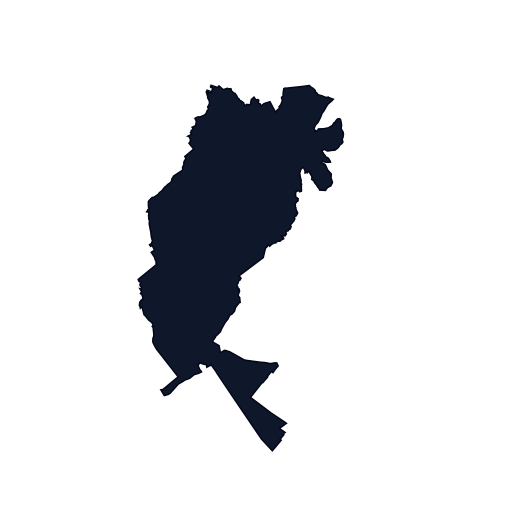 the district of Vetagrande, Zacatecas, Mexico, rotated 140°
{"feature_id": "50627088B7628264143957", "entity_name": "Vetagrande", "entity_type": "district", "adm_level": 2, "iso_a3": "MEX", "parent_name": "Mexico", "parent_adm1": "Zacatecas", "projection": "mercator", "projection_center": [-102.495, 22.871], "detail": "fine", "context": "isolated", "style": "filled", "palette": "ink", "viewbox_px": 512, "rotation_deg": 140, "n_neighbors": 0, "source": "geoboundaries", "source_scale": "gbopen_adm2", "svg_char_len": 6152}
<svg xmlns="http://www.w3.org/2000/svg" viewBox="0 0 512 512"><g transform="rotate(140 256 256)"><path d="M174.3,405.2L175.0,410.1L176.9,409.9L177.0,409.6L180.7,415.7L182.1,414.9L182.2,414.2L181.1,412.4L184.5,410.4L185.0,411.2L186.6,410.4L187.5,411.8L185.8,412.7L186.9,414.4L188.7,413.6L190.4,409.4L191.1,408.6L191.6,407.3L191.9,405.7L192.5,404.2L193.6,402.8L195.7,401.7L197.1,401.4L197.5,400.7L197.3,400.3L197.8,399.4L198.6,398.9L200.2,398.7L201.6,397.7L204.6,397.0L209.8,398.6L210.2,399.3L211.5,400.1L214.3,400.7L215.0,397.7L217.9,395.1L218.9,394.8L222.2,395.7L222.3,393.8L225.2,393.6L226.1,392.7L226.8,392.7L227.2,390.6L231.2,391.6L230.7,390.8L230.6,389.6L230.9,389.1L231.0,388.1L232.6,386.0L234.9,385.5L235.0,378.0L246.6,378.0L247.1,375.5L249.3,375.1L250.4,374.2L250.8,374.4L252.7,372.3L255.4,371.1L256.4,369.5L256.9,369.2L257.4,369.0L267.6,370.2L271.0,369.1L271.5,368.4L273.9,367.2L278.3,367.6L278.9,367.2L281.1,367.5L286.2,366.5L289.3,366.6L291.4,366.1L295.8,366.6L296.9,366.9L297.8,367.5L298.7,367.6L302.4,367.2L303.6,366.8L307.0,362.5L307.4,360.9L308.9,361.1L309.8,360.5L311.4,360.2L311.1,359.6L310.2,359.2L309.8,358.4L312.7,355.7L312.8,355.0L314.3,353.5L314.7,352.1L315.7,350.5L316.3,350.3L317.4,348.9L321.3,341.8L323.3,338.9L324.8,336.1L325.1,334.9L325.9,333.9L327.0,333.5L327.9,332.7L330.3,333.1L330.6,331.1L328.8,330.7L330.0,325.7L333.9,326.2L334.5,321.1L334.3,320.7L335.7,317.8L336.1,315.7L337.0,315.1L337.9,313.5L361.3,313.8L361.6,313.1L361.5,312.3L361.9,312.3L361.9,311.6L361.3,309.6L363.3,308.8L363.9,307.4L363.9,305.1L365.6,304.8L366.0,305.5L366.6,302.1L368.6,301.6L368.4,299.3L369.1,297.5L370.3,295.7L372.3,296.0L374.7,295.3L377.1,293.2L377.5,291.5L378.2,290.3L376.4,290.4L376.3,289.7L379.5,283.0L379.3,281.1L379.4,275.7L378.6,272.0L379.1,269.2L380.8,268.8L380.8,267.9L380.4,267.9L385.0,261.2L386.2,259.9L386.8,259.9L388.5,258.6L390.4,256.3L391.4,252.5L392.1,248.5L393.3,213.5L413.2,213.6L414.9,214.7L416.0,208.0L412.3,206.4L410.2,206.0L397.7,207.8L392.3,206.8L390.3,206.7L385.4,204.9L379.9,204.9L375.3,203.0L372.2,202.2L372.0,203.5L372.2,204.7L370.8,209.4L367.6,210.3L366.6,208.2L363.9,204.5L365.2,202.4L360.3,201.3L360.9,193.5L361.3,191.2L364.8,158.5L369.5,112.2L368.7,96.3L355.1,98.7L355.3,100.1L349.5,101.2L349.6,102.4L347.1,102.1L348.9,108.8L340.2,108.3L345.5,126.7L351.1,151.2L332.6,155.1L332.3,154.6L324.8,155.8L324.3,156.5L318.5,157.6L318.0,155.7L314.0,156.8L309.7,157.5L308.8,160.7L309.8,161.8L314.1,164.3L317.8,168.8L320.8,171.7L330.5,182.3L331.9,184.2L337.8,199.8L338.8,201.1L339.8,203.0L341.0,204.1L344.2,204.5L345.2,205.3L341.9,211.0L344.4,217.9L343.2,218.9L339.1,219.9L338.6,220.7L337.5,220.4L332.0,220.8L328.7,222.5L322.3,224.9L318.2,225.7L314.5,227.3L313.2,227.4L311.9,226.9L308.0,227.5L305.2,229.4L304.0,229.9L298.7,231.0L298.0,230.6L295.4,234.4L295.1,234.9L295.4,236.3L295.1,236.9L293.5,238.5L292.5,238.8L291.4,239.5L291.0,239.9L291.3,240.7L291.2,241.2L290.3,241.2L290.1,241.5L290.9,242.1L289.8,244.0L289.7,244.5L290.1,245.1L289.9,245.7L287.2,246.8L285.0,248.2L283.9,247.8L281.8,248.6L281.6,251.7L251.5,250.1L243.2,256.3L242.7,255.9L241.3,256.0L240.4,257.0L239.4,256.0L239.3,254.7L235.6,254.8L234.3,254.3L233.5,254.3L232.5,253.3L232.2,253.3L231.9,253.9L229.2,252.9L228.6,252.2L227.7,251.8L227.1,252.1L223.7,251.4L223.2,252.4L223.8,254.7L222.5,254.6L221.6,253.4L220.7,252.7L218.4,253.5L218.2,254.7L217.8,255.1L215.5,255.0L215.0,254.6L214.2,255.2L213.0,254.7L212.3,254.8L210.1,256.0L209.9,257.3L209.3,257.8L207.4,257.9L206.1,258.5L205.3,258.3L203.8,258.8L202.2,259.6L202.0,260.9L200.5,261.3L199.4,260.9L196.4,262.2L195.3,266.3L194.4,267.2L194.7,268.2L193.6,268.9L192.8,270.4L192.3,270.8L190.8,271.1L190.2,271.6L189.0,271.1L187.9,271.6L187.7,272.6L187.1,272.5L186.8,272.8L187.4,275.0L187.6,275.2L187.4,276.1L187.0,276.3L186.9,276.8L186.4,277.3L186.3,278.1L186.0,278.0L185.7,278.6L185.1,278.6L184.9,279.2L184.2,279.3L184.0,279.7L183.3,279.6L182.6,279.1L181.8,279.1L181.3,278.2L181.4,277.3L179.7,276.4L179.2,277.1L178.6,277.3L177.8,278.8L176.7,279.8L176.2,280.6L176.3,281.0L175.8,281.2L175.6,281.7L174.9,281.6L174.4,283.3L173.0,284.5L171.7,287.1L171.5,288.1L170.8,288.6L170.9,288.9L170.4,289.5L170.4,289.9L169.9,290.1L169.6,291.1L166.5,293.2L165.0,293.8L162.7,293.4L163.7,289.7L165.1,288.1L163.3,287.3L163.2,286.9L162.2,287.6L161.2,287.0L161.6,285.7L161.4,284.3L161.9,283.0L161.7,282.5L161.8,281.8L162.9,279.8L164.1,278.9L163.5,276.7L164.1,273.3L163.9,271.5L164.3,270.0L164.1,269.5L164.5,268.9L164.2,267.6L164.9,265.6L160.7,261.6L157.1,262.5L153.7,261.6L150.2,263.1L148.2,267.7L145.6,270.4L145.8,275.9L144.3,281.0L144.3,282.1L146.0,285.2L144.3,286.0L142.5,283.2L140.2,281.1L139.4,280.7L138.7,280.0L138.2,280.9L137.7,284.4L138.2,285.9L138.8,286.3L138.4,289.7L138.7,290.5L138.2,291.7L138.3,292.9L138.0,294.0L136.4,294.1L135.0,293.7L134.1,291.1L133.4,290.2L129.9,288.1L127.7,286.4L124.1,286.1L121.2,286.7L120.8,287.2L118.3,286.9L116.5,287.2L115.9,287.9L115.4,289.3L114.3,290.5L112.8,291.1L111.8,292.3L111.0,292.7L109.6,294.9L109.1,298.4L107.7,300.1L107.0,300.4L105.1,303.1L103.5,306.3L103.7,307.5L105.2,308.5L106.3,308.6L109.8,307.7L110.9,307.9L113.6,306.9L118.2,307.7L122.2,309.9L126.5,313.2L128.0,312.7L130.1,312.8L130.6,313.1L129.8,313.9L130.0,314.9L129.3,317.1L128.3,317.0L126.3,318.0L122.6,318.5L117.8,320.5L113.7,322.8L110.6,323.5L105.0,325.6L103.0,326.1L98.6,326.1L96.0,326.4L98.8,331.3L98.7,331.5L99.5,331.7L100.8,333.0L102.4,336.2L104.8,339.6L104.6,342.1L105.3,343.7L104.6,344.1L104.2,344.8L104.4,347.5L105.3,350.0L105.5,352.3L112.0,356.4L125.2,365.3L125.8,366.0L127.2,366.3L130.7,363.2L132.1,361.4L133.3,361.0L134.3,361.2L134.9,360.6L135.8,358.2L139.7,356.0L142.5,355.5L143.0,354.2L143.3,354.0L145.0,354.2L148.6,353.9L146.1,365.2L151.9,367.6L155.8,367.6L155.1,369.3L155.1,370.0L155.8,371.2L155.7,372.0L154.1,373.1L153.7,374.0L153.9,374.6L155.5,375.5L155.7,376.2L155.4,379.0L159.0,378.9L163.1,375.5L166.0,378.3L166.7,378.1L168.1,378.5L167.0,381.4L167.7,384.3L168.3,385.2L168.3,386.2L168.0,387.0L168.4,388.8L167.8,391.0L167.5,394.1L168.2,395.0L168.6,398.1L168.1,399.5L167.7,399.9L167.8,400.4L169.5,401.7L169.9,402.2L170.0,402.8L173.9,404.4L174.3,405.2Z" fill="#0f172a" stroke="#020617" stroke-width="1.5"/></g></svg>